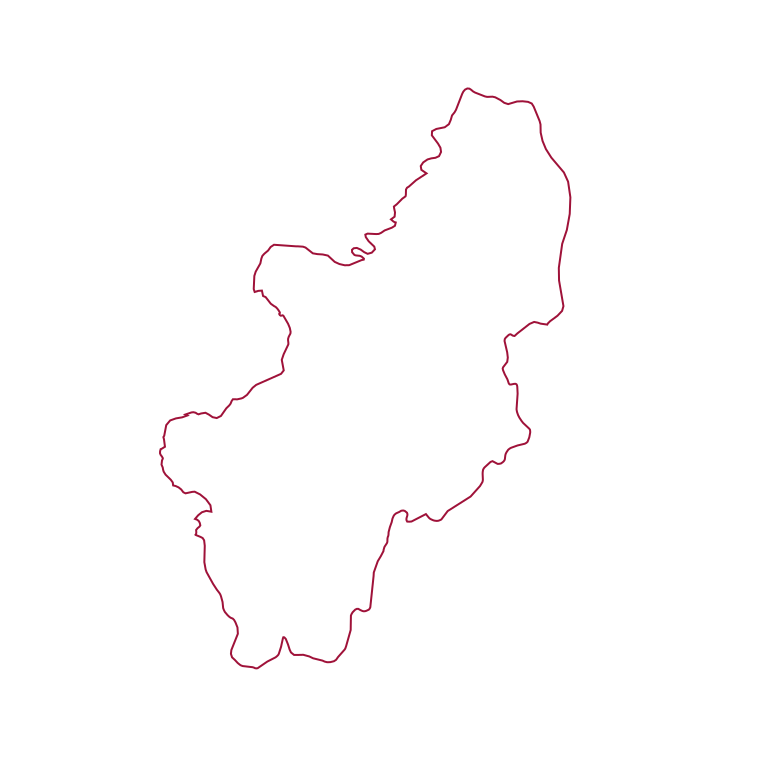 the border of Khatlon, rotated 151°
{"feature_id": "TJK-367", "entity_name": "Khatlon", "entity_type": "Region", "adm_level": 1, "iso_a3": "TJK", "parent_name": "Tajikistan", "parent_adm1": "", "projection": "robinson", "projection_center": [69.268, 37.83], "detail": "fine", "context": "isolated", "style": "outline", "palette": "rose", "viewbox_px": 768, "rotation_deg": 151, "n_neighbors": 0, "source": "natural_earth", "source_scale": "10m", "svg_char_len": 5458}
<svg xmlns="http://www.w3.org/2000/svg" viewBox="0 0 768 768"><g transform="rotate(151 384 384)"><path d="M120.4,538.6L121.3,535.1L125.1,527.9L127.5,519.7L128.5,511.0L127.9,500.9L124.1,481.8L124.9,471.7L130.5,456.9L139.1,442.7L149.4,430.1L160.2,420.2L174.8,400.8L180.7,389.7L189.3,365.1L192.8,361.6L199.1,359.6L208.3,358.4L211.4,357.5L212.4,356.8L217.8,360.9L219.8,363.1L222.6,365.5L227.6,366.0L242.8,363.6L246.5,362.7L247.3,363.3L248.1,364.1L248.6,365.2L249.2,366.1L250.3,366.5L251.5,366.4L255.3,365.4L256.6,364.7L257.7,363.2L260.9,352.0L262.9,347.1L265.5,343.6L271.7,340.9L272.7,340.0L273.2,338.3L273.7,333.8L273.8,328.3L274.6,323.9L274.3,322.7L273.3,322.0L270.3,321.1L269.0,320.5L268.3,319.6L268.3,318.4L268.7,317.1L271.8,310.8L280.3,297.7L280.9,296.1L281.3,294.7L281.8,291.8L281.9,289.0L281.6,285.0L281.2,282.5L278.6,274.4L278.5,273.2L279.0,271.9L279.7,270.6L282.8,266.9L286.4,263.9L287.9,263.5L289.8,263.5L297.0,265.5L303.8,266.6L305.3,266.6L307.2,266.3L309.8,265.0L311.3,264.0L312.4,262.9L314.7,259.7L315.6,258.9L316.9,258.3L318.3,258.0L320.3,257.8L322.1,258.4L323.4,259.1L326.5,263.9L328.6,264.2L336.1,262.4L337.5,261.9L338.9,261.0L340.4,259.1L341.3,257.6L343.9,252.4L344.6,251.4L345.5,250.5L349.5,248.2L362.8,243.6L389.9,242.0L399.1,237.9L399.9,237.7L401.1,237.8L402.6,238.0L404.1,238.6L405.7,239.7L406.8,240.7L407.6,241.7L408.9,243.5L409.4,244.7L409.6,245.4L410.4,249.9L426.6,250.4L428.4,251.2L430.4,252.4L430.4,253.7L430.0,254.8L429.3,255.8L427.4,257.6L426.6,258.8L426.3,260.3L427.4,263.0L428.6,264.1L430.4,264.8L432.6,264.7L436.2,265.0L438.2,264.6L439.6,263.9L441.8,262.2L444.3,259.4L448.3,255.9L451.8,252.2L453.1,250.1L453.9,249.1L454.9,248.3L455.8,247.3L457.6,244.3L458.6,243.4L462.4,241.4L463.1,240.8L464.8,239.1L465.5,238.1L470.2,235.0L475.4,232.0L484.3,224.1L486.2,221.1L504.2,195.4L505.4,194.5L506.7,194.0L509.5,194.2L510.8,194.5L512.0,195.1L512.9,195.9L514.3,197.8L514.9,198.8L515.5,199.8L516.8,200.5L518.6,200.6L522.0,199.6L523.8,198.6L525.2,197.5L532.4,185.0L544.3,173.0L546.1,171.4L547.2,170.8L556.5,167.5L559.6,166.0L562.2,165.8L565.9,166.8L568.7,168.3L570.5,170.0L571.9,171.9L579.0,178.5L581.4,181.9L585.9,186.3L591.1,189.0L594.0,190.6L595.5,194.3L595.3,197.4L594.2,202.9L593.5,208.6L594.0,210.7L594.8,211.3L595.7,210.6L601.4,204.1L606.7,199.1L607.7,198.4L609.2,197.9L611.3,197.5L620.6,197.8L632.3,196.7L633.6,197.2L634.6,198.0L635.1,198.8L636.2,200.0L644.3,205.8L645.1,206.7L645.8,207.6L646.3,208.7L647.2,210.9L648.2,214.9L649.4,218.6L648.7,222.2L646.5,225.3L632.9,236.4L630.2,242.1L629.5,247.4L629.5,250.3L630.0,252.1L631.5,254.0L632.2,255.5L632.9,257.7L633.7,261.8L633.6,264.1L633.3,266.0L630.9,271.6L629.5,277.3L629.2,279.4L629.3,281.2L629.9,285.0L630.4,292.0L630.4,305.4L629.9,308.3L627.5,315.3L619.2,329.4L617.1,334.5L617.3,337.2L618.6,339.2L622.0,343.4L622.0,343.5L621.1,343.9L620.1,345.2L619.1,347.4L616.9,348.3L614.6,348.7L613.2,349.4L612.5,351.7L612.4,353.7L613.1,355.7L614.7,357.6L610.1,359.3L605.4,360.1L600.9,359.2L596.9,356.0L594.6,362.1L595.6,369.6L598.4,376.6L601.8,381.6L604.0,382.6L610.6,384.6L612.0,386.6L612.5,390.1L613.8,393.2L615.7,395.8L617.6,397.5L616.5,400.3L616.9,403.6L619.0,410.6L619.2,414.2L618.7,416.3L618.0,418.3L617.7,421.3L615.2,424.8L614.2,425.5L613.4,426.3L613.4,428.2L613.7,430.4L613.5,432.0L612.4,433.8L611.9,434.3L610.9,435.3L610.2,435.1L606.4,435.3L606.0,435.3L603.2,442.4L602.7,444.5L601.3,445.3L594.4,453.6L588.7,455.8L582.7,454.8L576.7,452.7L571.3,451.8L572.5,453.6L566.3,452.5L564.5,451.8L563.8,451.2L562.7,450.2L561.9,448.6L560.9,447.4L558.3,446.9L554.1,445.4L551.9,442.0L550.0,438.1L546.8,435.3L542.1,435.1L533.7,439.2L529.7,440.3L527.7,441.2L525.6,442.9L523.6,443.9L521.5,442.8L520.0,441.8L515.6,440.5L514.0,440.3L509.1,440.9L500.7,444.4L496.2,445.2L469.1,442.8L465.1,444.5L461.7,454.7L457.3,458.7L448.5,465.0L447.8,466.1L446.6,469.0L445.8,470.2L444.3,471.6L441.4,473.5L440.4,474.9L439.2,478.7L438.7,483.2L438.9,492.4L439.3,493.2L441.1,493.7L441.7,494.8L441.7,496.1L441.2,496.4L440.6,496.6L440.4,497.3L440.5,499.6L440.8,501.8L441.4,503.9L442.4,505.5L444.1,509.1L445.4,517.4L447.1,519.6L445.5,524.9L448.8,526.4L452.5,527.2L451.9,530.2L445.0,541.4L441.7,544.5L433.7,549.4L430.5,553.1L428.3,555.0L426.0,555.8L425.3,556.0L420.7,556.9L416.7,558.8L412.7,559.1L393.8,546.8L392.8,546.3L388.3,543.4L386.5,541.4L382.9,532.8L379.3,529.9L374.8,527.0L370.8,523.5L367.9,514.7L364.8,510.5L360.8,506.9L356.8,504.8L343.2,503.2L342.5,502.9L341.4,502.6L340.8,503.4L341.8,506.3L343.1,507.9L346.4,510.2L347.3,511.2L348.0,514.7L346.9,516.9L344.7,517.4L341.8,516.2L339.2,512.8L337.4,508.9L335.2,505.8L331.0,504.8L326.6,506.2L325.9,508.9L328.2,516.2L328.7,521.3L327.9,523.7L325.5,523.5L318.1,518.9L315.8,517.8L313.2,517.6L309.0,518.0L301.3,516.9L297.7,517.1L295.4,519.6L296.4,520.6L297.0,521.6L298.1,524.6L293.6,525.2L291.2,528.7L290.0,532.6L289.3,534.4L285.7,535.0L278.2,537.2L274.2,537.7L273.2,538.8L270.5,543.4L268.7,544.5L266.6,544.6L257.1,546.7L244.7,547.6L247.5,553.2L246.2,556.8L242.3,558.8L237.1,559.3L233.2,558.4L229.3,556.9L225.4,556.6L221.6,559.3L220.1,563.3L220.2,568.1L221.6,578.3L219.4,581.8L214.6,581.7L206.4,579.1L201.2,579.8L197.5,582.7L194.3,585.9L190.6,587.4L188.1,588.9L174.9,599.9L172.8,601.3L170.4,602.2L168.8,602.1L167.9,602.1L166.1,600.9L165.1,599.0L164.3,596.8L163.1,594.8L156.3,586.6L154.6,585.1L149.8,582.7L147.7,580.8L144.5,575.9L142.5,571.6L139.7,568.6L130.7,566.6L125.7,564.1L121.2,560.9L118.8,557.7L118.6,554.0L120.4,538.6Z" fill="none" stroke="#9f1239" stroke-width="2"/></g></svg>